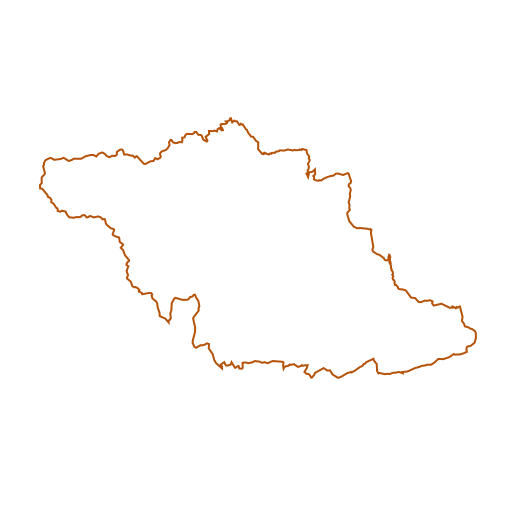 Plaiesii De Jos, Harghita, Romania, rotated 247°
{"feature_id": "2599482B92512396286900", "entity_name": "Plaiesii De Jos", "entity_type": "district", "adm_level": 2, "iso_a3": "ROU", "parent_name": "Romania", "parent_adm1": "Harghita", "projection": "albers", "projection_center": [26.159, 46.235], "detail": "fine", "context": "isolated", "style": "outline", "palette": "amber", "viewbox_px": 512, "rotation_deg": 247, "n_neighbors": 0, "source": "geoboundaries", "source_scale": "gbopen_adm2", "svg_char_len": 6109}
<svg xmlns="http://www.w3.org/2000/svg" viewBox="0 0 512 512"><g transform="rotate(247 256 256)"><path d="M147.4,398.7L147.8,396.2L148.9,394.2L149.1,389.6L150.2,387.7L155.1,386.0L157.1,382.5L165.6,380.5L167.4,378.7L169.5,375.0L170.6,374.2L171.9,374.5L174.6,373.6L174.9,372.7L176.7,372.8L178.2,373.7L179.9,373.6L180.7,372.9L182.4,373.1L183.7,374.5L185.5,374.1L186.0,375.1L188.2,375.7L190.2,375.1L190.9,375.7L192.1,375.5L194.4,376.5L196.2,376.4L196.6,377.0L197.2,376.5L197.8,377.2L198.2,376.5L200.0,377.9L201.6,378.2L202.5,379.2L204.5,379.4L205.1,379.1L203.3,377.5L200.4,376.1L201.1,374.2L202.2,373.0L204.2,372.8L209.0,370.0L210.1,368.4L214.4,365.5L216.3,365.6L218.7,367.6L232.0,370.7L235.1,372.4L235.3,371.7L236.2,371.6L236.4,370.5L237.5,369.2L241.0,362.9L242.1,359.9L244.7,357.5L251.5,355.5L258.9,356.3L260.3,357.2L261.9,360.5L263.5,360.5L266.7,362.1L269.1,362.2L274.1,366.0L276.7,366.7L279.8,369.1L281.6,369.3L284.1,368.6L285.5,369.3L286.0,370.0L286.0,371.3L287.6,372.8L296.0,373.4L296.5,372.6L296.5,367.9L300.0,363.5L300.6,361.6L299.7,358.9L300.5,355.7L300.8,351.3L300.6,347.7L300.0,345.7L301.1,343.7L300.8,343.0L302.5,340.3L304.0,339.3L306.2,340.4L307.2,340.0L308.1,342.4L312.7,344.1L311.5,341.0L312.2,337.6L308.3,334.8L312.2,334.7L312.2,335.8L312.9,336.6L314.4,336.8L315.6,338.4L317.3,339.5L320.6,339.9L322.5,342.4L323.6,343.0L325.1,342.7L326.7,343.8L331.2,343.1L333.7,343.9L336.3,340.7L336.4,340.0L335.7,339.4L337.0,337.8L336.7,337.1L337.9,333.7L338.7,332.9L338.7,331.2L341.5,327.1L342.1,322.9L344.0,319.2L343.5,318.0L344.1,315.7L344.1,314.4L343.6,313.9L344.8,310.6L344.1,310.1L344.9,308.7L344.4,307.5L346.4,305.3L346.9,304.2L347.2,304.7L347.9,304.0L347.7,303.3L346.8,302.7L347.3,301.7L353.5,299.7L359.8,302.5L362.1,300.9L366.8,300.0L367.9,298.1L372.9,296.9L375.6,297.0L376.7,296.2L382.3,295.2L382.7,294.3L383.6,293.8L383.1,293.1L383.2,291.9L387.4,291.1L388.2,289.4L389.1,288.9L388.3,286.3L392.7,286.7L392.8,286.0L391.2,284.5L391.2,282.1L391.6,280.9L390.0,281.5L389.5,280.6L389.7,278.7L390.8,276.3L390.9,274.9L387.9,273.8L387.2,274.8L384.8,274.7L385.0,273.6L388.0,272.2L387.8,270.3L385.9,268.6L387.6,267.0L387.9,264.8L389.5,261.6L386.6,260.6L385.3,256.1L381.1,256.4L380.6,255.5L383.7,252.9L387.9,253.1L389.0,252.4L390.1,250.3L393.6,249.4L394.1,247.9L393.3,246.9L393.1,245.0L395.5,239.9L394.9,238.3L393.1,236.5L393.7,234.2L391.0,233.4L389.6,232.2L390.9,230.0L390.8,227.8L391.3,226.1L393.0,224.0L395.8,223.5L396.3,222.7L394.7,220.4L391.9,219.8L389.7,216.8L388.8,214.3L389.1,210.0L388.1,208.0L387.2,207.4L384.8,207.2L383.8,206.1L383.5,203.1L385.5,201.5L383.5,198.8L384.4,195.8L383.9,190.0L384.9,188.7L394.3,185.4L394.6,184.9L393.9,183.0L396.5,181.8L397.1,180.3L400.0,176.8L400.9,174.3L405.2,174.8L406.6,174.0L407.0,172.3L406.1,168.6L403.9,167.6L403.2,166.7L403.3,164.9L404.4,162.8L404.2,159.7L406.7,157.4L409.0,156.8L411.4,154.9L411.6,151.1L410.0,147.8L412.5,145.9L413.5,143.5L414.4,138.2L413.8,133.1L416.8,126.1L416.4,124.1L416.6,120.8L421.6,117.3L421.6,114.2L423.4,107.8L426.0,105.9L426.7,104.5L426.6,100.4L426.0,99.0L424.4,97.1L422.5,96.2L421.9,95.2L414.6,94.0L413.6,93.0L412.5,90.1L411.3,89.0L406.9,87.3L405.7,84.8L402.5,83.7L401.4,85.5L393.4,87.9L391.8,87.5L389.9,89.2L387.5,89.6L385.7,88.6L382.9,90.2L378.3,91.0L377.3,91.9L374.9,91.1L373.2,93.2L373.6,94.8L371.4,98.1L367.3,98.3L364.6,99.2L362.5,103.0L362.0,106.0L360.8,108.4L360.6,110.1L361.3,111.6L360.8,113.8L360.1,114.5L357.6,115.2L357.3,117.1L357.8,118.4L357.1,119.7L354.9,121.7L354.1,126.2L352.4,128.1L349.6,129.1L349.4,130.8L348.7,131.3L344.8,130.5L343.0,130.8L338.3,133.2L336.4,135.5L335.5,135.7L332.2,132.6L331.3,132.5L328.8,134.5L326.5,137.2L322.1,136.1L319.3,137.9L318.2,138.0L316.4,134.7L313.3,136.0L307.9,135.7L301.9,137.5L301.0,137.2L300.6,135.4L299.1,133.5L298.3,133.3L296.5,134.5L292.7,131.0L288.2,130.7L286.6,128.8L285.7,128.5L281.4,130.7L276.4,130.4L274.6,132.0L274.6,132.9L272.7,134.5L270.3,135.4L269.6,134.4L269.0,134.3L266.8,136.4L265.3,136.3L263.8,143.1L262.6,145.2L261.0,145.4L260.4,144.5L257.5,144.1L253.2,146.3L250.9,146.5L246.6,145.3L241.8,145.1L238.3,143.9L233.9,148.0L229.0,149.6L230.8,150.3L230.7,151.2L232.0,153.3L236.5,154.6L239.1,156.9L245.5,160.0L248.6,164.0L249.0,165.5L244.4,171.1L242.6,175.5L242.6,176.9L244.0,179.5L243.6,180.7L243.8,182.4L244.5,183.3L244.3,184.6L243.8,184.8L241.4,184.6L237.2,185.4L232.1,184.3L229.7,182.3L228.2,182.0L224.0,174.6L223.0,173.7L213.9,172.0L209.9,170.2L202.8,164.7L200.7,163.7L196.1,163.9L195.0,165.1L195.5,170.3L194.9,171.2L194.4,174.6L194.8,176.7L193.3,178.3L189.3,176.4L182.7,177.8L176.5,176.9L173.0,177.4L165.7,180.8L167.3,181.5L169.8,181.1L170.7,185.3L167.2,185.5L166.4,186.4L165.9,190.2L167.8,192.0L161.5,192.9L161.1,193.6L161.7,195.8L161.5,197.0L159.0,196.7L158.0,198.4L157.8,199.4L158.4,200.1L162.9,201.9L162.8,202.7L161.8,205.3L160.3,207.1L159.5,211.5L159.8,213.8L157.3,218.1L155.3,219.9L154.9,222.4L152.8,224.8L152.8,230.3L148.7,238.3L148.0,239.4L147.0,239.6L144.3,238.0L141.6,237.4L142.4,238.3L142.9,240.4L142.2,242.5L142.9,244.6L142.4,244.8L141.6,248.7L137.5,251.3L137.2,254.7L137.6,255.6L136.6,256.3L136.3,258.4L135.3,260.8L133.0,259.0L130.4,255.3L128.0,256.3L126.9,258.1L125.7,258.9L122.5,259.3L122.2,259.8L123.8,263.1L125.3,264.5L126.4,274.4L122.6,277.0L121.9,279.3L117.0,280.2L111.9,283.8L111.5,286.7L112.5,293.9L112.1,298.3L111.5,298.5L111.8,302.2L113.2,308.3L113.2,311.1L114.5,312.8L114.2,314.1L115.2,316.0L115.5,324.0L113.7,323.7L109.4,324.9L102.8,322.5L100.1,322.9L100.3,323.6L96.8,328.6L96.3,330.7L95.2,332.7L94.9,337.1L94.1,338.5L93.5,342.1L90.8,345.2L92.0,345.3L90.5,350.4L90.7,358.7L90.0,363.3L90.2,365.2L89.0,369.5L89.2,370.8L87.5,374.6L88.0,377.8L90.0,383.6L87.8,388.3L87.4,394.5L88.5,399.8L87.5,400.5L85.8,405.2L85.3,408.7L85.4,412.7L88.3,413.4L89.7,414.4L90.0,415.8L89.4,418.5L90.8,423.3L94.6,426.4L99.6,428.3L101.4,428.2L104.5,426.2L105.5,424.8L107.4,423.6L109.6,420.8L112.4,421.0L115.6,420.2L119.5,422.4L129.8,424.0L130.0,422.9L129.6,421.6L130.6,420.7L129.8,419.5L130.6,419.1L131.4,417.3L131.9,417.9L132.8,417.1L132.2,416.7L132.5,414.2L139.6,408.1L140.9,400.3L143.4,399.6L145.3,400.8L147.4,398.7Z" fill="none" stroke="#b45309" stroke-width="2"/></g></svg>